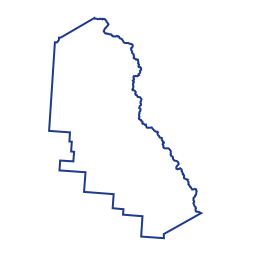 Mitre, Santiago del Estero, Argentina, rotated 184°
{"feature_id": "61730980B33007651807911", "entity_name": "Mitre", "entity_type": "district", "adm_level": 2, "iso_a3": "ARG", "parent_name": "Argentina", "parent_adm1": "Santiago del Estero", "projection": "mercator", "projection_center": [-62.854, -29.629], "detail": "fine", "context": "isolated", "style": "outline", "palette": "blue", "viewbox_px": 256, "rotation_deg": 184, "n_neighbors": 0, "source": "geoboundaries", "source_scale": "gbopen_adm2", "svg_char_len": 5791}
<svg xmlns="http://www.w3.org/2000/svg" viewBox="0 0 256 256"><g transform="rotate(184 128 128)"><path d="M206.9,208.4L206.5,119.6L185.6,119.6L185.5,110.4L183.1,110.4L183.1,100.6L180.1,100.5L180.2,90.9L193.4,90.8L193.4,80.9L167.3,80.9L167.4,61.2L137.7,61.0L137.7,46.9L126.9,46.7L126.9,41.2L107.4,41.0L107.3,20.6L84.5,20.6L84.9,24.7L49.1,48.2L49.8,48.5L50.6,48.6L51.3,49.2L52.0,49.4L52.5,49.4L52.9,49.2L53.4,49.2L53.7,49.4L54.1,49.5L54.5,49.6L54.7,50.6L55.0,50.9L55.0,51.9L54.6,52.4L54.7,53.2L55.2,53.8L55.7,54.2L56.4,55.1L56.5,55.7L57.3,57.1L57.5,57.8L57.3,58.3L56.9,58.6L56.8,58.9L57.1,59.9L57.8,60.7L57.8,61.1L57.6,61.8L57.8,62.3L57.8,62.7L57.1,63.6L56.7,63.9L56.2,64.6L56.4,65.3L55.6,66.1L55.4,67.2L55.3,69.3L55.1,69.7L55.5,70.1L55.6,70.4L55.7,71.5L56.1,71.7L56.3,71.6L57.2,71.9L57.7,71.8L58.2,71.4L58.6,71.2L59.7,71.1L59.9,71.5L60.5,72.0L60.7,72.4L60.8,73.0L61.2,73.2L61.6,73.4L62.0,73.6L62.3,74.0L62.5,74.8L63.2,75.5L63.3,75.7L63.5,75.8L63.6,75.7L63.8,75.9L63.8,76.3L63.7,76.7L63.9,77.0L63.8,78.1L64.1,78.6L64.5,79.1L64.9,80.1L65.3,80.5L65.1,80.7L66.1,81.0L66.4,80.9L67.3,81.4L67.8,81.6L68.3,81.6L68.5,81.7L68.5,82.0L68.7,82.4L68.8,82.8L68.7,83.6L68.8,84.6L69.2,85.0L69.6,85.8L70.0,85.6L70.2,85.9L70.2,86.4L70.7,87.6L71.1,88.1L71.1,88.5L71.5,88.7L71.5,89.6L71.6,90.4L72.6,91.1L72.8,91.2L73.1,91.5L73.4,91.4L74.0,90.7L74.6,90.8L75.5,90.6L75.8,90.3L76.8,90.7L77.1,91.4L77.0,92.6L76.1,94.1L75.4,94.7L75.0,95.3L75.0,96.3L75.5,96.8L75.8,97.6L76.9,98.4L77.8,98.6L79.0,98.6L79.8,99.0L80.9,100.2L81.2,102.1L81.5,102.5L82.6,103.0L83.0,103.3L83.2,103.7L83.5,104.1L83.6,104.6L83.3,105.2L83.7,106.1L83.6,107.5L84.0,108.3L85.3,109.9L86.0,110.4L86.8,110.6L87.4,110.4L90.1,110.3L90.9,110.7L91.2,111.0L91.5,111.4L91.5,111.9L91.3,112.6L91.6,113.1L91.7,113.4L92.3,113.9L92.4,114.3L91.7,115.1L91.9,115.5L91.2,115.7L91.2,116.2L91.8,116.5L92.2,117.3L92.8,117.5L93.2,118.2L93.5,118.5L93.5,120.2L94.0,120.2L94.5,120.6L95.6,120.7L96.1,121.2L96.3,122.0L97.7,123.2L98.4,125.2L98.0,125.4L97.8,125.9L98.4,126.3L100.3,126.4L100.7,126.8L101.0,126.9L102.0,127.5L102.2,128.0L103.6,129.1L103.9,129.6L104.3,130.1L104.8,130.2L106.0,129.8L107.0,129.8L108.1,129.6L109.0,129.6L109.5,129.9L109.6,130.5L110.0,131.1L110.2,131.7L110.2,132.1L110.3,132.5L110.9,132.2L111.5,132.4L111.9,132.9L112.4,133.1L112.7,133.3L113.4,133.4L113.6,133.6L113.8,133.4L114.1,133.9L113.8,134.4L114.0,134.9L114.1,135.5L114.8,135.6L115.2,135.9L115.4,136.2L115.6,136.9L116.4,137.0L116.7,137.3L117.1,137.5L117.5,137.6L117.7,138.0L117.6,138.5L117.8,138.7L117.4,139.3L117.5,140.3L117.8,140.7L117.9,141.0L117.7,141.5L117.9,142.4L117.8,142.9L117.5,143.3L117.8,144.0L117.7,144.4L117.5,144.9L117.4,145.5L117.0,145.8L116.8,146.2L116.8,146.8L116.9,147.0L116.8,147.8L117.9,148.4L118.2,148.7L118.2,149.1L117.9,149.9L117.8,150.5L117.3,151.3L116.7,151.8L116.7,152.4L116.8,153.1L117.2,153.5L117.3,153.9L117.3,154.7L117.3,155.3L116.9,155.7L116.8,156.7L116.6,157.2L116.6,157.8L118.2,159.6L120.3,159.6L120.9,160.2L121.1,160.8L121.8,161.7L122.6,161.6L123.1,162.4L123.2,163.3L122.7,164.2L123.0,164.7L124.0,165.6L124.7,166.1L125.1,166.2L125.7,166.0L126.1,166.2L126.3,166.7L125.8,166.9L125.9,167.8L125.5,168.8L125.5,169.5L125.8,170.1L125.6,170.7L126.1,171.5L126.1,172.3L126.0,172.8L125.5,173.4L125.4,174.0L125.5,174.7L125.8,174.7L125.7,175.0L125.9,175.3L126.1,175.5L126.4,175.5L126.5,175.6L126.5,175.8L125.9,176.0L125.4,176.7L125.7,178.0L126.1,178.7L126.0,179.0L126.1,179.3L125.7,179.8L125.6,180.2L125.4,180.2L125.0,180.0L124.7,180.1L124.5,180.4L124.2,180.5L123.6,180.5L123.2,180.3L122.7,180.4L122.2,180.3L121.9,180.8L120.9,181.4L121.2,181.7L121.3,182.3L120.4,183.1L119.8,184.0L119.8,185.3L120.0,185.7L120.0,185.8L119.8,185.9L119.5,186.2L119.4,186.7L119.2,186.9L118.9,187.3L119.0,187.6L119.1,188.5L119.3,189.1L120.1,189.3L120.4,189.6L120.8,189.3L121.6,189.7L121.8,189.9L121.8,190.1L121.5,190.4L121.5,190.6L121.7,191.0L121.5,191.5L121.4,192.0L122.0,192.7L122.3,192.8L122.4,193.0L122.4,193.3L122.3,193.7L122.2,193.9L122.4,194.1L122.3,194.5L122.3,194.8L122.5,195.3L122.9,196.4L122.9,196.9L123.1,197.0L123.5,197.0L124.6,196.7L124.9,197.3L125.3,197.4L125.6,197.4L126.0,197.6L126.1,197.8L126.5,198.0L127.2,198.0L127.3,198.1L127.3,198.4L127.1,198.8L127.2,199.6L127.0,199.9L127.3,200.5L127.3,200.9L127.5,201.1L127.5,201.6L127.6,202.0L127.8,202.2L128.1,202.3L128.4,202.5L129.1,203.2L129.2,203.6L129.2,204.4L129.5,205.0L130.1,205.8L130.3,206.6L130.5,207.5L130.1,207.5L130.0,208.2L129.7,208.7L129.4,208.8L129.3,209.1L129.1,209.4L129.0,209.9L129.0,210.3L129.1,211.1L129.9,211.8L130.9,212.2L131.5,211.9L132.3,212.3L132.7,212.3L133.4,212.6L133.7,212.9L134.7,212.7L135.7,212.6L137.5,212.7L137.9,213.0L138.3,213.4L139.1,214.6L139.6,215.1L139.9,215.9L140.7,216.5L141.1,216.5L141.3,216.7L142.1,216.8L142.5,217.1L142.8,217.4L143.0,218.0L143.2,218.4L143.5,218.4L143.7,218.7L144.0,218.8L144.4,218.8L144.9,218.6L145.1,218.9L145.3,219.0L145.8,219.0L146.1,218.7L146.6,218.4L147.8,218.5L148.1,218.4L148.4,218.3L149.3,218.3L149.7,218.5L150.0,218.9L150.0,219.1L150.7,219.2L151.1,220.1L151.9,220.3L152.7,220.1L153.2,220.2L153.6,220.4L154.2,220.5L154.5,220.7L155.0,220.5L155.9,220.8L156.2,220.9L156.5,220.6L156.8,220.7L157.1,220.7L157.7,221.2L158.8,222.6L159.0,223.0L158.6,223.5L158.6,223.8L158.3,224.8L158.0,225.2L158.0,225.6L157.5,226.2L156.9,226.6L156.7,226.9L156.5,227.5L156.0,227.9L155.7,228.2L155.6,228.6L155.1,229.2L154.7,229.8L154.7,230.0L154.8,230.2L155.3,230.7L155.3,230.9L155.5,231.1L155.7,231.5L156.3,232.0L156.7,232.3L156.9,232.6L157.1,233.5L157.5,233.7L157.9,234.1L158.3,234.4L158.5,234.7L158.9,235.1L159.2,235.0L160.1,235.1L160.6,235.0L161.0,234.6L161.6,235.1L161.9,234.9L163.5,235.0L163.5,234.8L164.9,234.6L166.1,234.5L167.1,234.8L168.2,234.7L169.1,235.0L169.2,235.4L201.6,213.4L203.1,213.4L203.1,211.0L204.8,208.4L206.9,208.4Z" fill="none" stroke="#1e3a8a" stroke-width="2"/></g></svg>